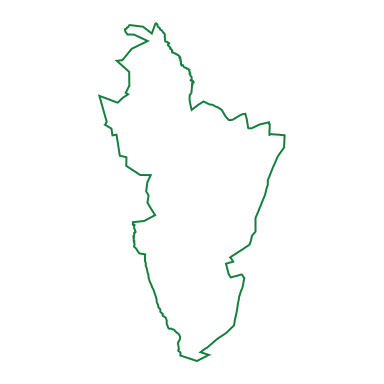 Insiza, Matabeleland South, Zimbabwe (Mercator projection)
{"feature_id": "62879985B6112756891378", "entity_name": "Insiza", "entity_type": "district", "adm_level": 2, "iso_a3": "ZWE", "parent_name": "Zimbabwe", "parent_adm1": "Matabeleland South", "projection": "mercator", "projection_center": [29.319, -20.268], "detail": "fine", "context": "isolated", "style": "outline", "palette": "green", "viewbox_px": 384, "rotation_deg": 0, "n_neighbors": 0, "source": "geoboundaries", "source_scale": "gbopen_adm2", "svg_char_len": 5696}
<svg xmlns="http://www.w3.org/2000/svg" viewBox="0 0 384 384"><path d="M105.1,124.8L108.2,126.7L108.4,126.8L111.4,128.6L112.2,133.4L112.1,133.7L112.5,135.4L116.5,134.7L118.1,144.7L119.8,155.7L125.2,156.9L126.4,157.2L126.3,165.9L140.2,175.0L150.7,175.1L147.4,182.2L146.6,187.5L146.7,188.0L146.1,191.1L148.6,195.6L147.4,202.7L148.2,203.9L150.9,208.5L155.1,215.1L144.1,221.0L132.9,222.2L133.0,223.6L132.8,224.4L133.1,225.0L133.5,225.0L133.8,224.7L134.4,224.8L134.6,225.0L134.5,225.5L134.1,226.0L134.2,228.4L134.9,229.9L134.9,230.0L135.2,230.8L135.6,231.8L135.5,232.2L135.2,232.5L134.5,232.6L134.2,232.7L134.1,233.1L134.3,234.2L134.2,235.1L134.0,235.8L133.8,236.0L133.3,236.3L133.4,236.5L133.7,236.7L133.9,237.0L134.1,237.6L133.6,238.3L133.6,238.8L133.8,239.7L134.3,241.1L133.8,241.2L133.8,241.5L134.4,243.3L134.6,244.2L134.5,244.9L134.0,246.1L134.0,246.6L134.1,246.8L134.8,247.3L136.0,248.4L137.6,251.0L139.3,253.3L140.3,253.6L145.2,254.3L145.3,254.5L145.0,255.5L144.9,256.0L145.0,257.5L144.9,258.2L144.9,259.1L145.1,261.6L145.2,261.8L145.5,262.1L145.9,264.1L145.6,265.1L145.8,265.7L145.9,266.0L146.8,268.5L146.9,269.0L147.3,270.7L147.4,272.1L148.0,273.7L148.3,274.1L148.4,275.1L148.5,276.5L148.7,278.0L149.4,280.5L150.2,282.5L151.1,284.4L152.0,286.6L151.9,286.8L152.5,287.9L153.2,289.0L155.8,296.5L156.5,299.3L156.8,302.4L157.9,304.6L158.5,306.9L158.4,307.2L159.8,308.8L160.3,309.5L160.4,310.3L160.3,311.6L160.4,311.9L161.3,312.8L162.8,313.9L162.8,314.3L162.6,315.1L162.6,315.3L163.0,316.0L165.1,317.2L165.4,317.5L165.6,317.6L165.8,317.8L166.8,320.9L166.7,322.1L166.6,323.2L166.8,324.2L167.4,325.5L168.2,327.7L168.3,328.0L168.6,328.4L169.2,328.7L170.1,328.8L170.9,328.6L171.3,328.6L172.3,329.3L173.8,329.6L174.4,330.1L175.5,331.4L176.3,332.3L177.7,333.2L178.7,334.0L179.0,334.5L179.1,334.8L179.4,335.1L180.1,336.9L180.1,337.9L180.0,338.6L179.9,339.0L179.7,339.3L179.4,340.5L178.3,341.9L178.0,343.0L178.0,343.3L178.1,344.1L178.8,348.4L178.9,349.0L178.2,350.3L178.2,350.5L178.5,351.0L180.1,352.2L180.5,352.8L180.5,353.2L180.4,354.2L180.3,355.5L196.9,361.0L206.5,356.1L207.8,355.3L208.8,354.9L200.5,352.2L205.3,348.6L206.9,347.8L217.4,338.8L226.3,332.9L234.0,325.4L235.0,319.6L235.7,316.3L236.7,311.9L237.6,306.2L237.9,303.7L238.6,300.4L239.3,296.2L239.8,294.9L240.9,291.2L241.8,289.3L242.6,287.0L244.3,277.9L243.6,277.2L242.7,275.9L241.9,274.6L241.6,274.5L240.1,274.8L237.6,275.7L234.1,276.5L230.7,277.4L229.7,275.8L228.5,273.6L226.0,263.7L229.7,262.6L233.2,261.7L231.1,258.4L230.2,257.5L231.9,256.2L242.8,249.2L249.5,244.7L250.8,241.1L252.0,235.6L255.5,231.7L255.5,229.9L255.6,229.4L255.5,227.2L255.5,218.0L257.8,212.7L259.6,208.1L259.7,207.9L260.6,205.8L262.3,201.4L265.0,195.1L266.9,187.3L267.3,186.2L267.8,185.3L267.8,180.2L269.8,175.5L270.3,174.1L272.6,168.2L276.1,160.3L277.6,156.8L279.4,154.0L281.1,151.7L284.2,147.2L284.1,146.0L284.6,135.3L284.2,135.1L282.6,135.2L279.0,134.7L276.7,134.6L275.3,134.4L273.3,134.4L271.3,134.1L269.5,134.8L269.5,133.4L269.4,130.6L269.7,128.6L269.7,124.2L269.0,123.9L268.9,122.3L259.9,124.4L259.4,124.6L252.6,127.8L251.5,128.3L249.2,128.3L248.3,128.1L248.1,127.4L246.7,118.8L245.3,113.8L242.0,114.4L240.0,115.3L232.9,119.6L230.4,120.2L228.8,120.0L225.6,116.5L221.6,109.7L217.7,107.3L215.3,106.4L212.6,104.8L209.5,104.4L203.5,101.5L198.1,104.9L191.7,109.9L191.0,107.4L189.6,100.4L189.6,97.8L189.7,95.2L191.5,92.7L191.5,91.7L191.9,87.5L192.0,85.4L192.3,85.2L192.4,84.9L192.4,84.4L192.6,84.0L192.5,83.8L192.1,83.8L192.1,83.5L192.3,83.1L193.2,82.4L193.6,82.4L193.7,82.0L193.5,81.7L193.1,81.2L192.3,80.7L192.0,80.7L191.9,81.0L192.0,81.1L191.7,81.2L191.4,81.0L191.1,80.6L191.1,80.3L190.8,80.1L191.0,79.9L191.7,79.2L191.7,78.9L191.6,78.2L191.6,77.5L191.5,77.4L191.5,77.0L191.4,76.6L190.8,76.0L190.6,75.9L190.4,75.7L190.3,75.3L190.2,74.6L190.1,74.4L189.6,74.0L189.6,73.8L189.6,73.6L189.9,73.2L190.2,73.1L190.1,72.9L189.8,72.8L189.7,72.7L189.8,72.2L189.8,71.9L189.4,71.3L189.3,71.0L189.1,70.6L189.0,70.2L189.3,69.8L189.2,69.7L188.4,69.3L188.0,69.1L187.6,68.7L187.3,68.5L187.2,68.5L186.9,68.6L186.7,68.6L186.4,68.1L186.3,67.9L186.2,67.9L184.6,67.5L184.3,67.4L183.7,66.8L183.2,65.5L182.9,65.1L182.7,65.1L181.9,65.5L181.7,65.6L181.5,65.4L181.4,65.1L181.3,64.9L181.2,64.2L180.8,63.8L180.8,63.3L181.0,62.7L180.9,61.9L181.0,61.7L180.8,60.8L180.4,60.5L180.2,60.3L180.2,60.1L180.3,59.9L180.6,59.7L180.6,59.1L180.1,58.5L180.2,58.0L179.7,57.8L179.8,57.7L180.1,57.6L180.2,57.4L180.0,57.1L179.9,56.9L179.4,56.5L179.2,56.1L178.7,55.6L178.5,55.3L178.0,55.0L177.4,54.9L177.2,54.6L176.8,54.3L176.1,54.0L175.7,53.9L175.4,53.8L175.3,53.5L174.6,53.3L173.2,52.5L172.8,52.4L172.3,52.5L172.1,52.2L172.1,51.9L171.9,51.7L171.9,51.4L172.0,50.9L172.2,50.5L171.9,50.2L171.4,49.3L171.1,49.1L170.4,48.9L170.2,48.8L170.2,48.5L170.5,47.9L170.3,47.5L169.1,46.4L168.1,45.3L167.9,45.0L167.9,44.7L168.9,43.6L169.1,43.3L169.1,43.1L168.8,42.9L168.3,42.9L168.0,42.7L167.7,42.5L167.4,42.0L167.2,41.9L165.8,41.7L165.5,41.4L165.2,41.1L165.0,39.9L165.0,39.3L165.1,38.3L165.0,38.0L164.7,37.3L164.7,36.9L164.9,35.5L164.7,34.1L163.7,32.7L163.3,32.6L163.0,32.3L162.8,31.9L162.1,31.0L161.8,30.4L161.7,30.2L161.1,30.0L160.3,29.7L160.0,29.2L159.9,28.4L159.5,27.8L157.9,26.8L157.7,26.3L157.5,25.6L157.5,25.1L157.2,24.3L156.7,23.8L156.2,23.5L155.3,23.1L155.1,23.0L155.5,23.4L151.8,33.5L143.0,26.7L130.0,25.1L129.1,25.4L128.3,26.8L127.8,27.3L127.0,27.5L126.6,28.6L125.0,29.3L125.2,31.3L127.4,34.5L134.0,34.6L147.7,41.0L131.7,48.8L122.4,60.2L116.8,60.8L129.2,71.9L129.3,86.0L129.2,86.0L125.7,92.8L128.1,94.3L122.9,97.7L117.8,102.6L117.1,102.5L108.6,99.3L108.6,99.2L107.9,99.0L99.4,95.9L106.7,121.8L106.4,122.1L106.2,122.4L105.8,123.4L105.5,124.2L105.4,124.6L105.1,124.8Z" fill="none" stroke="#15803d" stroke-width="2"/></svg>